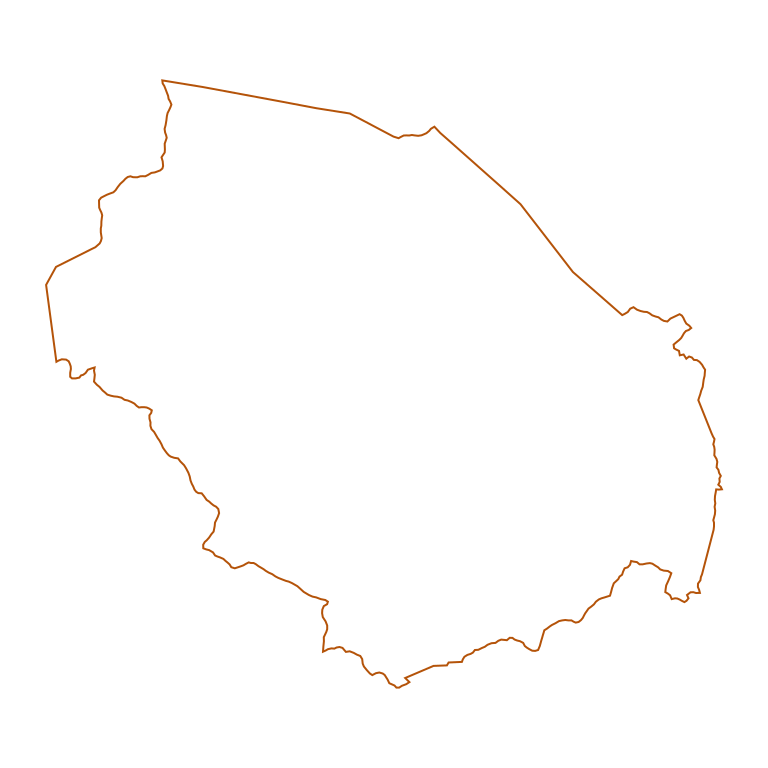 Jeremoabo, Bahia, Brazil
{"feature_id": "56859067B51032558402998", "entity_name": "Jeremoabo", "entity_type": "district", "adm_level": 2, "iso_a3": "BRA", "parent_name": "Brazil", "parent_adm1": "Bahia", "projection": "robinson", "projection_center": [-38.488, -9.985], "detail": "fine", "context": "isolated", "style": "outline", "palette": "amber", "viewbox_px": 768, "rotation_deg": 0, "n_neighbors": 0, "source": "geoboundaries", "source_scale": "gbopen_adm2", "svg_char_len": 5882}
<svg xmlns="http://www.w3.org/2000/svg" viewBox="0 0 768 768"><path d="M323.0,651.7L325.7,650.5L327.9,649.2L331.4,648.4L334.4,648.6L336.6,647.5L339.5,647.0L342.5,647.9L345.9,651.9L349.7,651.3L353.8,652.9L356.8,654.6L360.3,656.0L362.2,659.1L362.7,663.6L363.9,666.5L366.8,670.1L369.9,673.5L372.3,675.1L375.9,673.2L379.3,672.5L382.7,673.5L384.7,675.0L387.6,679.6L389.3,683.2L392.0,684.4L394.5,685.5L396.4,687.6L399.2,687.6L401.9,685.8L406.2,684.2L409.4,682.1L405.2,678.0L417.6,672.7L433.5,665.9L446.9,665.4L448.6,662.5L461.9,661.9L462.8,659.4L464.4,656.8L467.4,654.9L470.6,653.9L472.9,652.6L474.9,650.0L478.3,649.8L481.9,648.0L484.8,646.8L487.5,644.8L491.5,643.2L495.5,642.9L498.3,640.8L501.2,639.6L504.2,639.9L506.9,640.2L509.7,637.8L512.5,637.9L514.5,639.5L517.1,640.5L520.0,641.2L523.2,642.9L524.8,646.0L526.8,647.6L529.2,649.1L532.2,650.7L535.2,650.9L538.1,650.0L539.8,646.0L540.6,643.1L541.3,640.5L542.1,637.9L542.8,635.4L543.6,632.8L544.3,630.3L547.0,628.6L549.7,626.5L551.9,625.0L555.5,623.2L559.0,621.1L562.2,620.4L565.3,620.0L568.5,620.4L571.5,620.4L573.6,621.7L575.7,622.6L578.6,622.0L581.0,620.1L582.8,617.9L584.0,615.5L585.2,613.3L586.7,611.2L588.5,608.6L591.1,606.7L593.9,604.4L595.9,601.7L598.9,599.4L601.5,598.3L604.6,597.4L607.1,596.6L610.0,595.7L611.1,591.9L612.1,588.0L613.8,583.3L616.3,581.0L618.3,579.1L619.5,576.6L622.1,574.7L623.1,571.6L624.6,568.3L627.7,567.3L630.0,564.8L631.1,561.0L633.6,561.6L636.9,562.1L639.5,564.3L642.8,564.3L646.5,563.5L649.9,563.1L652.4,563.7L655.3,565.6L658.1,567.3L660.2,569.4L663.7,570.6L667.9,571.0L671.3,573.2L669.9,577.1L668.1,581.3L666.2,585.4L665.6,589.4L665.3,592.1L667.9,593.6L670.1,595.3L671.7,599.1L675.0,598.3L677.3,598.5L679.6,599.5L681.8,600.8L684.4,602.1L686.5,600.8L688.5,598.3L687.0,595.0L690.5,592.3L693.4,592.2L696.0,593.0L699.9,592.9L699.1,589.8L697.9,587.0L698.0,583.6L700.4,580.3L700.9,577.0L702.0,574.4L713.6,529.8L714.0,526.5L714.0,522.7L713.3,520.2L714.0,517.7L714.9,514.3L715.2,510.6L714.6,506.8L715.3,503.4L714.8,499.9L715.0,496.1L715.7,492.4L716.2,489.4L718.8,489.6L721.9,489.3L720.8,486.9L718.3,484.7L719.7,481.9L719.4,478.5L720.8,475.9L719.1,472.9L718.4,469.8L716.6,467.4L716.9,464.6L717.3,461.9L716.5,458.9L714.3,455.3L714.5,452.3L714.6,449.6L714.2,446.8L713.3,444.3L714.0,441.7L714.5,439.0L713.1,436.7L711.6,433.4L698.3,400.1L699.1,397.6L700.3,394.1L701.2,390.7L702.7,386.9L703.3,382.3L703.7,379.5L704.6,375.8L704.8,373.0L705.1,369.7L703.6,367.5L702.1,364.8L699.6,361.9L696.9,360.1L693.9,359.9L691.9,357.5L689.1,356.5L686.3,358.7L683.6,354.5L679.8,355.3L679.0,350.9L676.1,349.5L674.1,348.3L673.6,344.6L676.0,342.6L679.2,340.0L681.2,338.0L682.7,335.5L684.0,333.2L685.9,331.0L688.7,330.0L691.2,328.0L689.3,325.7L686.3,323.6L684.7,320.8L683.4,317.9L681.9,315.6L679.6,314.2L670.4,318.6L667.4,321.5L663.9,320.9L661.3,319.5L658.5,317.3L655.5,316.5L652.2,315.3L649.5,313.3L647.0,312.0L643.9,311.8L640.5,311.0L637.0,309.7L633.5,307.2L630.2,308.7L627.8,312.0L624.5,314.0L622.2,315.1L572.9,272.0L520.5,204.2L499.7,185.6L449.3,140.9L440.3,133.0L434.4,126.7L430.9,128.8L429.2,130.9L426.4,133.2L423.7,134.4L421.5,135.3L418.2,135.8L414.5,135.4L411.9,135.0L409.2,135.5L406.4,135.4L403.7,135.5L400.7,137.0L398.6,138.2L393.5,136.6L349.8,113.5L316.3,108.2L311.0,107.2L282.5,101.8L202.7,87.0L162.3,80.4L162.7,83.5L164.3,86.0L165.5,89.0L166.9,92.7L168.1,95.8L168.6,98.9L170.1,101.4L171.4,104.6L170.4,107.3L168.9,110.5L167.6,113.0L166.9,116.0L166.4,120.3L165.6,125.1L164.6,128.9L165.1,132.5L166.1,135.2L166.7,137.8L165.7,140.8L164.7,143.7L164.8,146.8L164.9,149.7L164.7,152.5L162.9,155.2L161.5,157.3L162.7,161.3L163.1,166.0L162.4,168.5L160.2,170.4L157.0,171.6L154.8,172.4L151.4,172.9L148.1,174.9L145.3,176.3L142.6,176.2L140.3,176.3L137.2,177.3L133.1,177.2L130.4,176.3L127.7,177.0L125.4,178.8L123.5,180.9L120.3,183.8L117.7,187.1L115.6,190.2L113.4,192.3L109.8,193.6L107.0,194.7L103.6,196.4L101.1,197.7L99.0,200.3L99.1,204.5L99.2,207.7L100.2,210.1L101.4,212.5L102.2,215.3L101.8,218.1L101.4,221.6L101.3,225.8L100.8,228.4L100.8,232.4L101.7,238.1L100.9,241.1L99.7,243.4L95.4,247.2L91.1,249.3L56.0,266.9L46.1,284.9L56.4,361.8L58.5,360.6L61.8,359.3L66.1,359.6L68.7,361.3L69.8,363.7L70.7,366.3L70.9,369.0L70.2,372.8L70.2,376.8L72.0,378.4L75.6,378.4L79.4,377.6L81.0,375.4L83.2,374.8L85.6,373.0L87.9,369.7L91.9,368.3L94.6,367.5L94.0,370.6L94.8,374.8L94.4,378.6L94.0,381.6L96.8,384.7L99.5,386.9L102.6,390.5L104.9,392.4L107.3,394.6L110.8,395.7L114.0,396.4L117.3,396.7L121.5,397.7L124.5,399.8L127.8,400.5L131.4,402.0L134.4,403.6L136.7,405.9L139.0,407.5L141.4,407.2L144.3,407.2L146.7,407.5L149.2,408.6L151.8,410.3L151.2,412.9L149.4,415.3L149.5,418.8L150.5,422.3L150.4,425.8L151.5,429.2L154.1,431.9L156.2,435.5L157.7,438.1L159.5,440.6L161.5,444.3L162.9,447.6L164.9,450.5L166.9,453.2L168.8,455.3L170.7,456.6L174.2,457.8L178.1,458.4L180.3,461.4L182.2,463.3L184.1,465.2L186.1,468.4L188.4,472.8L189.7,476.4L190.5,480.4L191.8,483.8L193.2,486.4L194.5,489.6L196.2,491.8L198.3,493.1L201.7,493.3L204.1,496.3L206.6,499.9L209.3,501.7L211.2,503.5L213.6,505.4L216.1,506.7L218.3,509.0L219.1,513.1L217.9,516.6L216.4,519.8L215.0,522.6L214.7,526.0L214.1,529.1L213.6,531.6L211.3,534.3L209.1,537.6L206.7,540.3L204.8,541.9L203.2,544.7L203.3,548.3L206.2,549.4L209.1,550.1L213.0,552.4L215.1,555.5L217.4,556.5L220.0,557.4L223.4,558.9L225.5,560.9L227.6,562.6L229.6,564.4L231.3,567.2L234.8,568.3L238.8,567.0L241.4,566.1L243.5,565.3L245.8,563.9L248.7,562.4L250.9,563.0L253.6,563.0L255.7,564.1L258.5,566.2L261.1,567.7L263.6,569.2L265.7,570.8L268.7,572.6L272.3,574.2L275.4,576.4L278.3,577.9L282.6,579.6L286.0,580.9L288.7,581.6L292.0,583.1L294.6,584.6L297.4,586.2L300.2,588.7L303.7,591.9L308.9,595.0L312.5,596.6L316.2,597.4L320.7,599.1L325.3,600.0L327.9,601.7L327.1,604.2L323.8,606.1L322.3,609.7L322.1,613.2L322.8,617.1L325.6,621.4L327.2,625.5L327.2,629.2L326.3,631.9L323.8,637.2L323.9,641.4L323.4,646.3L323.0,651.7Z" fill="none" stroke="#b45309" stroke-width="2"/></svg>